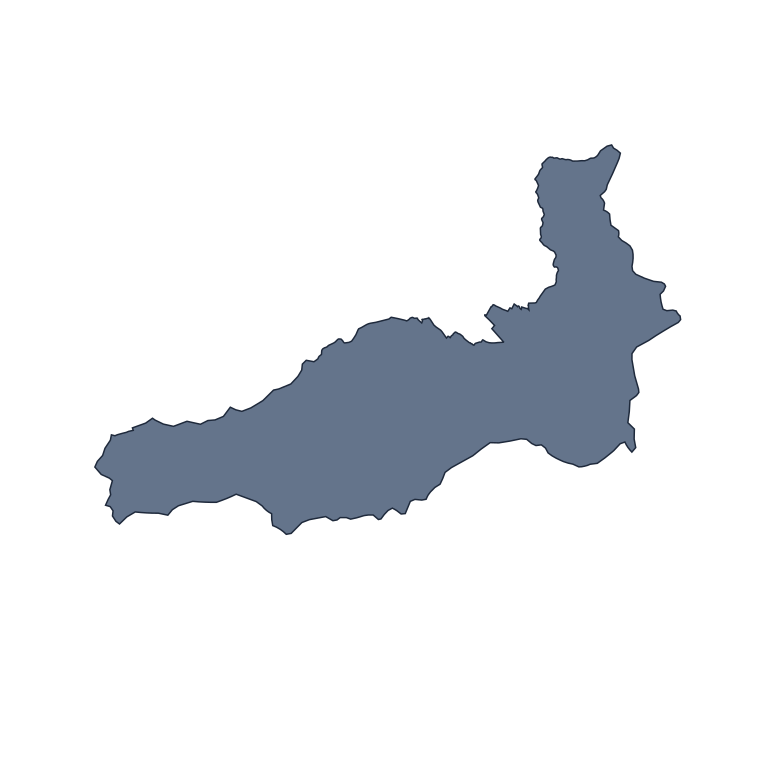 Glimboca, Caras-Severin, Romania, rotated 249°
{"feature_id": "2599482B78068825292694", "entity_name": "Glimboca", "entity_type": "district", "adm_level": 2, "iso_a3": "ROU", "parent_name": "Romania", "parent_adm1": "Caras-Severin", "projection": "albers", "projection_center": [22.334, 45.53], "detail": "fine", "context": "isolated", "style": "filled", "palette": "slate", "viewbox_px": 768, "rotation_deg": 249, "n_neighbors": 0, "source": "geoboundaries", "source_scale": "gbopen_adm2", "svg_char_len": 6143}
<svg xmlns="http://www.w3.org/2000/svg" viewBox="0 0 768 768"><g transform="rotate(249 384 384)"><path d="M434.2,111.3L429.6,108.4L424.0,100.5L418.1,95.7L414.5,88.7L410.1,84.3L400.9,87.6L394.5,93.9L391.1,95.8L383.6,90.2L378.5,89.1L375.2,85.2L370.6,80.6L367.7,84.4L362.7,85.6L358.1,83.2L351.9,84.5L348.1,86.9L352.1,96.3L353.7,105.9L351.1,111.1L348.7,116.3L346.4,121.6L344.3,127.0L339.0,135.2L342.5,141.4L344.0,148.5L343.0,163.4L340.4,168.8L338.0,174.2L335.7,179.7L333.6,185.2L333.5,190.6L333.5,195.9L333.7,201.2L334.1,206.5L320.0,222.6L313.8,226.6L310.9,227.6L308.1,229.0L305.6,230.6L303.2,232.6L297.6,230.6L291.7,229.4L288.9,232.3L285.7,234.9L282.3,237.1L278.7,238.9L277.8,243.8L284.1,257.7L284.1,265.8L281.1,282.1L274.7,287.3L273.9,291.4L275.0,295.2L272.7,301.1L269.8,304.4L268.9,310.4L268.6,313.8L268.4,317.1L268.2,318.7L267.3,322.5L265.9,326.1L265.5,327.0L259.5,330.2L259.1,332.8L262.1,337.5L264.5,342.5L265.1,347.3L263.2,349.0L261.1,350.6L256.5,353.4L255.4,357.4L265.0,366.5L265.2,371.5L262.1,377.7L261.3,382.0L262.8,383.5L264.3,385.1L265.5,386.9L266.6,388.7L269.2,394.4L270.4,400.5L274.8,405.0L279.6,409.3L281.8,417.0L285.2,441.2L288.5,451.6L291.2,462.1L287.9,470.1L285.6,481.1L283.8,492.2L281.2,497.4L275.5,500.6L272.1,503.8L270.8,509.1L266.3,511.8L260.8,512.5L256.8,515.1L253.1,518.1L249.8,521.2L247.3,523.7L244.2,527.5L241.5,531.6L236.8,536.2L235.9,539.0L235.4,541.9L235.1,544.8L235.2,547.7L233.5,554.7L235.8,563.5L238.6,572.2L239.5,574.7L243.6,583.1L243.5,588.1L240.4,588.4L237.4,589.0L234.4,589.9L231.6,591.0L234.4,596.2L243.0,597.8L252.2,601.6L260.5,597.8L270.3,603.1L280.5,607.7L282.7,615.6L284.8,618.9L288.1,619.8L301.8,621.0L317.9,624.2L323.5,626.4L328.0,633.1L329.8,646.8L331.7,655.2L333.3,663.7L334.8,672.3L336.0,680.8L337.8,684.0L341.4,684.8L342.8,684.0L344.3,683.5L345.8,683.1L347.4,683.0L349.5,680.1L351.1,674.3L353.8,671.3L357.6,671.6L361.4,672.1L365.1,672.9L368.8,673.9L370.7,678.3L374.3,681.9L376.9,681.6L379.6,679.5L383.2,672.5L389.4,665.1L396.2,658.4L400.7,656.7L405.0,657.7L408.5,659.8L412.1,661.6L415.9,663.0L419.9,663.9L424.8,663.1L428.9,660.5L432.8,657.4L437.4,655.5L438.7,656.4L440.1,657.1L441.6,657.6L443.1,657.9L450.9,652.8L456.4,653.9L461.8,655.5L463.5,654.7L465.0,653.8L466.4,652.6L467.7,651.3L473.8,654.7L475.4,654.7L477.1,654.5L478.7,654.0L480.2,653.3L482.5,653.4L484.5,658.9L486.1,661.3L489.9,663.8L498.3,672.6L507.0,681.2L510.3,684.3L514.8,687.4L518.6,685.4L522.0,682.8L525.6,682.2L526.1,677.5L524.1,669.7L521.1,665.7L520.3,664.0L519.9,662.3L519.8,660.9L520.2,659.4L520.7,658.1L520.7,656.9L520.3,654.5L520.5,651.4L521.7,648.4L522.9,644.2L524.5,640.0L526.1,638.6L527.2,637.1L527.8,635.9L528.2,634.3L528.8,633.3L530.4,631.3L530.7,630.4L530.7,629.5L531.0,628.7L533.2,626.6L534.0,623.5L535.2,622.7L535.6,621.6L536.2,620.7L536.4,619.6L536.3,618.4L535.4,615.9L534.5,614.3L532.9,610.5L532.1,610.1L529.5,609.7L529.0,609.1L528.0,606.9L527.2,605.8L524.5,603.5L523.3,601.7L521.4,598.5L521.0,598.3L520.6,598.3L519.7,598.9L519.2,599.1L514.2,599.4L513.6,599.2L511.7,597.6L509.7,595.6L509.2,594.7L508.3,594.5L507.1,595.1L505.3,595.3L502.7,595.2L502.1,595.0L500.9,593.7L500.1,593.2L498.6,593.0L493.0,593.4L491.8,594.5L491.1,595.0L489.8,594.9L488.5,594.4L485.2,594.4L484.6,594.3L484.2,593.8L483.1,592.8L482.1,590.6L481.4,590.2L480.8,590.1L477.6,590.3L475.4,588.9L474.6,588.0L474.3,587.3L474.1,586.4L473.4,585.8L467.5,583.8L465.9,583.8L465.0,583.6L464.1,583.0L463.3,581.5L462.7,581.0L462.1,581.0L460.7,581.5L459.4,582.1L457.2,582.7L455.9,583.3L454.1,585.0L449.6,587.5L447.3,589.9L445.9,590.6L443.9,590.7L443.3,590.9L442.0,590.6L441.2,590.2L440.2,589.3L439.4,588.0L438.8,587.4L435.9,585.3L434.8,584.7L434.0,584.6L432.8,584.8L432.1,585.0L431.7,586.6L430.8,587.5L430.0,587.8L427.8,587.6L427.3,587.4L426.4,586.2L425.5,585.3L423.8,584.0L421.6,583.1L419.7,582.1L417.7,581.5L415.3,579.2L415.2,578.7L415.1,577.8L415.1,575.2L415.3,572.5L414.8,568.6L410.0,561.3L408.9,560.0L407.3,557.5L405.5,555.4L405.6,553.8L407.6,548.1L406.9,547.5L405.8,546.8L405.7,547.1L403.8,546.3L401.3,545.8L403.0,545.0L403.7,543.7L406.5,540.2L405.3,539.5L404.5,538.8L405.9,538.0L407.2,538.1L408.5,537.7L408.7,537.2L408.3,536.4L409.4,535.9L412.0,534.2L408.5,530.3L409.9,528.9L407.5,525.6L408.8,524.3L411.3,521.4L413.3,519.8L416.8,516.3L418.1,515.4L418.5,514.9L418.9,514.3L417.5,512.0L417.7,511.6L411.6,504.3L412.4,503.0L411.7,502.6L406.0,505.3L399.1,508.2L398.6,507.2L398.1,506.6L397.0,504.5L379.9,510.9L380.1,510.7L381.9,505.1L382.6,502.3L383.7,499.3L384.9,496.9L386.8,494.4L389.8,492.1L389.6,491.5L388.6,490.2L388.4,489.7L388.5,489.1L388.9,488.3L389.2,483.9L389.0,483.4L388.0,481.8L389.0,480.9L390.2,480.4L390.2,480.1L390.6,479.6L391.5,479.3L391.8,478.7L392.3,478.3L395.8,476.2L397.9,475.1L400.3,474.6L402.7,473.2L403.5,472.6L405.0,470.8L405.8,470.5L406.6,469.7L406.9,469.3L406.9,468.8L406.6,468.5L406.3,467.3L406.1,466.8L405.2,465.8L405.0,464.7L404.5,463.6L403.5,462.5L403.6,462.3L405.1,461.5L405.6,460.9L404.5,458.8L412.0,456.9L413.4,456.4L414.1,456.1L418.3,453.2L421.1,451.7L427.8,450.3L429.6,449.6L429.2,449.2L429.7,448.8L429.9,445.8L430.1,445.7L430.2,444.4L430.4,443.5L430.7,442.9L430.5,442.6L430.1,443.1L429.6,442.6L429.1,442.6L427.5,441.1L431.3,439.1L433.2,438.5L433.4,438.7L433.7,438.5L434.4,436.0L435.9,434.6L436.1,434.0L436.1,432.0L435.5,431.0L434.9,429.0L434.8,427.8L436.2,426.1L440.1,420.4L443.7,414.7L443.7,414.4L442.9,411.9L444.5,398.6L445.6,393.0L445.8,391.0L445.7,388.9L444.8,383.2L444.6,380.2L443.9,379.2L440.1,375.5L437.5,372.0L435.6,369.1L435.4,366.3L436.4,362.0L436.9,361.5L438.0,361.1L439.3,360.9L441.3,360.0L442.3,357.9L442.2,356.8L440.7,353.5L440.3,351.7L439.9,346.0L439.2,344.4L439.0,343.4L439.1,341.4L438.8,339.6L438.1,338.4L437.4,337.8L434.0,336.2L433.1,333.4L432.4,332.4L431.3,331.5L430.7,329.7L429.9,326.6L434.0,319.9L431.8,314.9L426.5,312.2L421.9,306.3L417.4,297.0L417.1,283.8L417.9,278.7L411.9,265.0L409.4,251.1L409.4,241.5L413.0,236.4L417.4,232.2L411.3,222.5L411.0,213.4L413.0,206.5L412.2,198.2L419.8,186.7L419.9,172.3L425.6,163.7L432.3,157.4L435.0,155.6L432.9,147.5L433.2,133.4L430.6,133.3L431.3,128.6L431.2,126.1L431.7,122.1L432.2,116.9L432.1,114.3L434.2,111.3Z" fill="#64748b" stroke="#1e293b" stroke-width="1.5"/></g></svg>